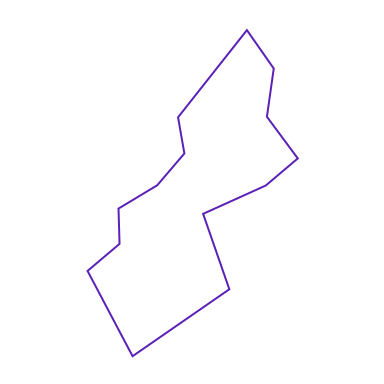 SVG path tracing the border of Pasay, rotated 243°
{"feature_id": "PHL-5554", "entity_name": "Pasay", "entity_type": "Highly Urbanized City", "adm_level": 1, "iso_a3": "PHL", "parent_name": "Philippines", "parent_adm1": "", "projection": "equal_earth", "projection_center": [121.011, 14.532], "detail": "fine", "context": "isolated", "style": "outline", "palette": "violet", "viewbox_px": 384, "rotation_deg": 243, "n_neighbors": 0, "source": "natural_earth", "source_scale": "10m", "svg_char_len": 341}
<svg xmlns="http://www.w3.org/2000/svg" viewBox="0 0 384 384"><g transform="rotate(243 192 192)"><path d="M88.4,181.1L72.7,64.5L169.1,63.1L178.7,103.9L210.6,119.0L213.8,164.1L229.8,202.7L264.9,213.5L311.3,314.4L264.9,320.9L225.0,292.9L173.9,301.5L164.3,260.7L167.5,192.0L88.4,181.1Z" fill="none" stroke="#5b21b6" stroke-width="2"/></g></svg>